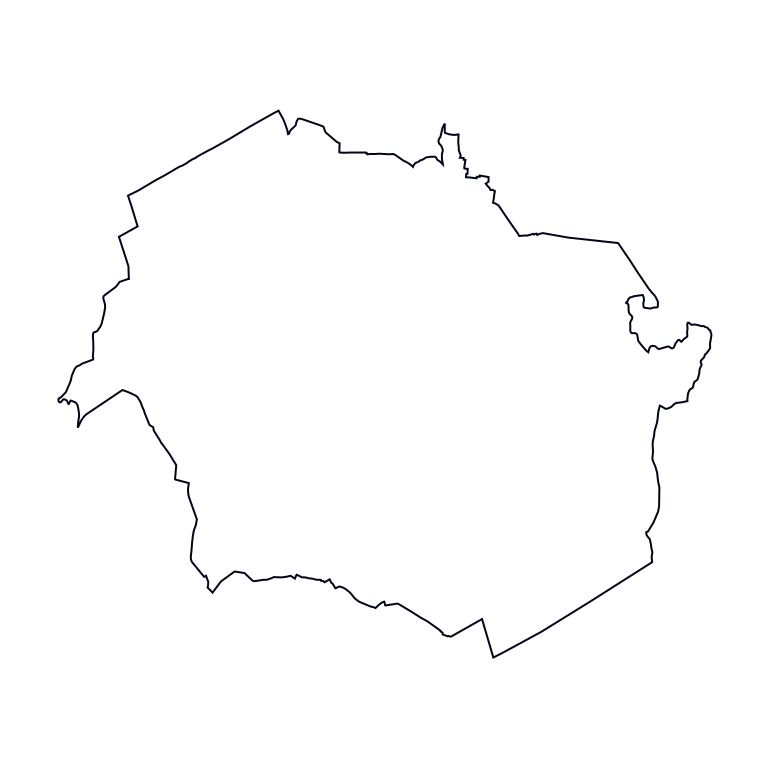 Uthai, Phra Nakhon Si Ayutthaya, Thailand, rotated 183°
{"feature_id": "78962969B29377906715784", "entity_name": "Uthai", "entity_type": "district", "adm_level": 2, "iso_a3": "THA", "parent_name": "Thailand", "parent_adm1": "Phra Nakhon Si Ayutthaya", "projection": "equal_earth", "projection_center": [100.697, 14.357], "detail": "fine", "context": "isolated", "style": "outline", "palette": "ink", "viewbox_px": 768, "rotation_deg": 183, "n_neighbors": 0, "source": "geoboundaries", "source_scale": "gbopen_adm2", "svg_char_len": 6077}
<svg xmlns="http://www.w3.org/2000/svg" viewBox="0 0 768 768"><g transform="rotate(183 384 384)"><path d="M336.9,647.3L339.0,643.0L340.4,634.7L340.8,633.3L341.9,631.7L342.3,629.9L342.1,628.4L341.7,627.2L339.3,624.8L338.3,622.8L337.6,621.1L337.5,620.0L338.1,617.0L338.1,614.8L337.9,611.7L336.7,606.3L339.8,609.2L342.2,610.4L343.8,612.7L344.5,613.4L346.2,613.7L347.4,613.4L349.8,613.3L350.9,613.0L353.4,612.6L354.3,612.2L356.4,610.5L360.0,608.9L361.2,607.7L363.6,606.6L364.6,605.9L366.0,603.6L366.4,602.4L367.1,603.1L371.5,606.0L376.5,608.2L384.3,613.1L386.8,614.2L390.4,613.7L401.1,613.7L404.8,613.2L410.3,613.0L412.5,612.4L412.8,612.6L413.0,613.5L414.0,613.5L414.2,614.2L426.3,613.6L436.9,612.8L440.6,612.9L440.8,613.2L440.9,622.0L443.7,623.2L455.2,632.0L456.1,633.4L457.8,637.5L458.3,638.0L463.4,639.6L479.5,644.2L482.6,644.6L483.7,644.3L485.1,641.4L485.7,637.9L486.3,637.0L490.1,633.1L491.1,631.6L491.7,630.3L491.8,629.2L492.3,628.7L492.9,628.5L493.9,632.5L496.6,639.2L498.5,643.2L503.6,651.4L508.3,648.7L530.4,634.7L552.5,619.8L568.5,609.7L571.1,608.3L582.3,601.4L584.2,599.8L587.0,598.4L590.8,595.8L592.5,594.3L596.9,591.5L600.0,590.1L613.6,581.1L622.6,575.6L639.4,564.4L647.8,559.7L649.5,558.6L646.1,550.0L638.3,528.5L656.4,517.1L645.4,488.3L644.3,475.5L645.2,475.4L653.4,472.1L656.1,468.0L657.3,466.6L667.0,458.6L668.6,457.0L668.8,456.1L668.8,454.9L666.8,448.9L666.5,445.8L667.1,440.5L669.0,430.0L670.2,426.6L673.0,422.1L673.6,421.5L676.5,420.3L676.9,419.7L677.2,418.9L677.1,415.2L676.6,411.3L676.0,402.7L676.2,396.5L675.7,394.5L675.7,393.5L676.2,393.0L686.6,388.5L688.5,387.0L691.9,385.3L692.5,384.6L693.9,382.4L695.7,377.3L696.2,375.9L696.9,371.4L697.7,368.8L701.1,359.6L701.6,358.8L705.7,354.0L708.1,352.4L708.4,351.0L708.1,349.9L707.2,348.8L705.9,348.8L703.6,351.7L702.6,352.1L700.0,351.0L699.3,349.9L698.4,347.9L697.8,347.5L697.5,347.8L696.3,350.8L695.9,351.1L691.5,349.6L690.9,349.3L689.7,348.0L688.8,346.3L688.0,343.4L686.9,338.0L686.9,334.7L687.4,330.2L687.5,324.3L685.2,330.0L683.9,332.7L681.7,336.0L679.6,338.2L644.9,364.3L638.7,362.4L635.4,361.1L631.0,359.2L629.2,357.7L626.3,353.4L623.4,346.9L622.5,345.4L621.6,342.8L616.2,331.1L615.8,330.7L612.2,328.7L611.5,325.6L610.9,324.6L605.1,316.4L603.4,313.6L600.4,310.1L594.5,302.7L587.2,292.0L587.7,278.1L587.5,277.7L573.7,274.8L574.1,270.8L574.2,268.2L573.8,264.6L573.0,261.2L563.8,239.1L564.5,233.3L566.2,227.9L566.9,222.6L567.3,215.8L567.6,205.8L567.9,202.7L567.7,199.0L566.8,196.7L565.6,195.2L553.6,182.1L553.3,182.0L551.7,183.2L549.1,177.1L549.2,173.1L549.6,171.6L544.3,166.7L536.6,178.1L534.8,179.7L523.4,188.9L513.4,187.9L505.2,180.9L504.1,180.4L502.5,180.4L493.9,182.2L490.9,182.3L485.7,184.4L484.0,185.4L476.2,185.5L470.9,186.5L467.3,187.6L462.8,185.0L461.5,188.6L461.2,189.0L457.3,187.3L456.1,186.6L451.9,186.8L450.3,186.2L445.1,185.8L441.3,185.0L436.9,185.1L436.7,184.3L434.2,184.0L433.0,182.9L428.0,186.1L426.2,182.7L424.9,182.0L421.9,177.5L421.5,177.5L418.1,179.5L414.1,178.5L411.9,177.4L407.6,174.4L405.9,172.8L402.1,168.5L399.8,166.8L397.2,165.2L385.8,161.1L381.8,160.3L380.8,159.8L376.8,163.9L374.9,165.5L372.5,166.7L372.1,166.3L371.3,163.1L371.0,162.9L359.2,165.4L358.2,165.2L345.4,158.4L335.5,152.8L328.7,149.5L314.8,140.7L314.6,140.5L314.6,139.9L312.5,138.8L312.4,137.2L312.2,136.9L307.3,135.4L306.7,135.7L304.7,135.3L304.0,135.2L303.6,135.4L273.8,154.4L260.5,116.6L253.1,120.8L214.2,144.6L165.9,178.1L106.9,220.1L107.7,225.6L107.2,229.1L107.2,230.1L108.3,233.8L109.2,238.4L110.5,243.0L113.0,245.6L113.8,246.9L114.1,247.6L114.4,249.7L114.2,250.0L113.5,250.1L112.7,250.6L112.3,251.1L107.6,259.9L103.5,271.2L102.9,276.8L103.6,295.1L105.2,301.2L106.6,309.6L107.0,310.9L108.7,315.8L111.3,321.0L112.1,323.6L111.8,330.8L112.5,336.8L112.6,340.1L112.1,343.4L111.6,346.2L111.4,351.1L109.5,359.0L109.1,361.5L108.6,370.9L107.4,376.8L104.7,375.7L101.7,374.0L100.3,374.1L99.0,374.5L95.8,376.2L93.6,378.7L91.4,380.3L85.2,381.4L80.1,382.8L80.3,384.3L79.9,390.3L79.0,393.1L78.4,394.2L75.4,396.6L75.1,397.4L74.9,399.9L74.3,401.9L73.8,402.6L71.7,404.2L71.1,405.1L69.8,410.5L69.6,415.1L68.7,417.7L67.9,419.4L67.9,420.0L68.9,422.2L68.7,423.9L65.6,427.7L65.0,430.2L63.4,431.7L60.4,436.4L60.2,437.5L60.6,441.4L59.8,447.4L59.6,450.3L59.8,451.4L60.7,453.2L60.9,454.5L61.8,454.8L63.6,456.8L64.7,457.4L66.5,457.8L67.7,458.6L70.4,458.4L72.2,459.0L76.6,459.7L80.0,459.2L82.8,461.1L83.4,461.2L83.8,461.1L84.1,460.6L84.3,458.9L83.8,455.4L84.0,451.2L83.6,448.1L83.7,447.3L84.1,446.8L86.9,444.6L89.1,441.8L89.6,441.8L90.8,443.1L91.5,443.5L92.7,443.2L95.0,439.7L96.5,435.7L96.9,435.2L97.8,434.7L98.8,434.7L101.3,436.2L102.6,436.3L111.1,433.3L112.8,433.9L114.7,435.6L115.2,435.9L117.7,436.2L119.6,435.6L120.3,434.7L120.9,433.4L121.7,429.6L123.6,430.8L128.7,436.0L132.1,440.0L132.5,441.0L133.6,445.9L134.4,447.3L135.6,447.9L139.1,447.8L139.6,447.9L140.3,448.6L140.9,450.4L141.0,454.1L141.4,458.0L141.3,458.6L139.7,462.0L139.5,463.6L140.0,464.7L142.2,466.7L143.1,468.2L143.5,469.6L143.9,474.6L144.0,475.6L144.3,476.3L144.9,476.8L146.5,477.7L146.2,478.3L145.5,478.4L144.4,481.5L142.8,483.4L141.2,483.7L139.2,484.7L130.4,486.4L130.0,486.0L129.2,484.0L128.7,481.0L129.3,478.3L129.0,475.6L128.6,474.3L127.9,473.8L122.0,473.3L121.2,473.5L118.6,474.5L115.4,474.7L114.6,475.5L114.7,479.9L114.9,480.8L117.4,485.3L118.8,486.9L121.9,490.0L124.9,493.4L135.9,507.9L144.8,520.2L157.6,537.0L207.3,539.8L233.3,543.0L236.6,542.0L238.8,540.9L239.4,542.1L240.0,542.1L242.0,541.1L242.3,541.3L242.7,541.8L248.7,539.7L251.5,539.6L256.8,538.9L258.1,541.1L269.1,555.2L278.7,568.0L279.8,568.8L282.6,570.2L284.6,570.7L284.0,575.9L283.8,579.3L283.3,582.4L285.5,583.5L287.8,583.3L288.5,584.7L289.6,586.0L291.2,587.4L292.9,589.4L290.2,591.5L290.4,596.1L299.3,597.2L299.3,595.9L302.2,595.8L302.3,594.3L310.5,594.8L312.9,594.7L312.9,597.9L311.7,598.2L311.6,599.6L311.7,603.2L315.0,603.4L315.2,604.5L314.4,612.0L316.2,612.1L316.3,613.9L320.0,613.8L319.4,616.1L319.5,616.6L321.5,621.2L321.8,624.7L322.5,629.0L322.6,637.0L322.8,637.2L325.2,636.6L328.2,636.4L332.0,636.8L336.2,638.0L336.6,639.3L336.9,647.3Z" fill="none" stroke="#020617" stroke-width="2"/></g></svg>